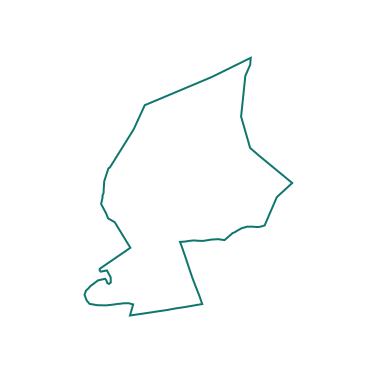 the district of Santiago el Pinar, Chiapas, Mexico, rotated 207°
{"feature_id": "50627088B49510256409926", "entity_name": "Santiago el Pinar", "entity_type": "district", "adm_level": 2, "iso_a3": "MEX", "parent_name": "Mexico", "parent_adm1": "Chiapas", "projection": "orthographic", "projection_center": [-92.724, 16.948], "detail": "fine", "context": "isolated", "style": "outline", "palette": "teal", "viewbox_px": 384, "rotation_deg": 207, "n_neighbors": 0, "source": "geoboundaries", "source_scale": "gbopen_adm2", "svg_char_len": 1430}
<svg xmlns="http://www.w3.org/2000/svg" viewBox="0 0 384 384"><g transform="rotate(207 192 192)"><path d="M238.7,80.2L237.1,79.6L232.2,83.5L225.7,79.0L223.3,74.5L224.2,72.4L226.1,72.4L228.3,74.5L230.1,75.2L230.9,74.5L235.6,70.6L236.9,67.9L238.2,65.2L239.5,62.8L240.1,60.9L240.6,58.9L241.7,55.9L241.1,51.6L240.1,50.7L237.8,48.6L236.5,47.5L232.5,45.8L224.9,48.2L220.5,50.3L216.4,52.4L211.4,55.7L207.6,58.4L205.0,60.0L202.3,61.9L200.5,62.8L198.1,64.1L193.4,65.1L191.2,53.8L175.4,65.0L166.6,71.3L161.1,75.2L153.5,81.0L147.9,85.0L144.2,87.7L134.3,95.1L132.0,96.8L134.4,99.1L138.6,103.1L145.4,109.1L152.1,115.1L160.4,123.2L168.6,131.3L173.9,136.4L176.0,138.4L180.0,142.1L176.1,144.4L172.2,147.2L169.0,149.3L167.7,150.0L166.1,150.6L163.2,151.9L161.1,152.9L159.6,153.7L156.7,155.8L154.1,157.7L153.0,158.5L150.9,159.7L148.3,161.2L147.1,162.0L145.9,162.3L142.7,163.4L141.2,163.9L139.3,168.5L138.0,171.7L137.2,173.8L135.9,175.2L133.7,178.7L132.0,181.2L131.2,182.4L129.9,183.6L128.3,185.0L127.3,186.1L122.1,188.7L119.3,189.8L117.5,190.7L116.6,191.1L114.8,192.6L112.1,195.2L114.1,225.9L106.8,245.5L148.7,254.8L160.2,257.6L182.5,281.5L197.2,319.7L197.9,331.8L200.6,338.2L226.1,304.1L226.3,303.8L273.5,247.9L272.4,221.5L276.3,176.6L277.2,175.1L275.1,161.8L272.1,154.8L270.4,151.2L270.1,148.0L269.3,146.8L267.5,140.0L258.9,134.0L254.8,130.4L247.1,130.0L221.6,114.3L239.3,81.8L238.7,80.2Z" fill="none" stroke="#0f766e" stroke-width="2"/></g></svg>